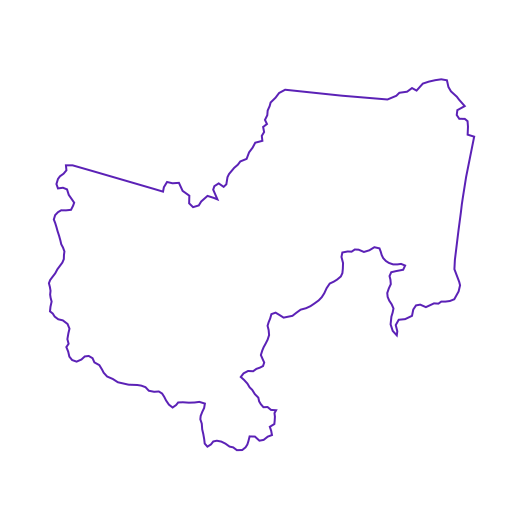 Mantena, Minas Gerais, Brazil (Robinson projection), rotated 276°
{"feature_id": "56859067B95607372765312", "entity_name": "Mantena", "entity_type": "district", "adm_level": 2, "iso_a3": "BRA", "parent_name": "Brazil", "parent_adm1": "Minas Gerais", "projection": "robinson", "projection_center": [-41.115, -18.682], "detail": "fine", "context": "isolated", "style": "outline", "palette": "violet", "viewbox_px": 512, "rotation_deg": 276, "n_neighbors": 0, "source": "geoboundaries", "source_scale": "gbopen_adm2", "svg_char_len": 3777}
<svg xmlns="http://www.w3.org/2000/svg" viewBox="0 0 512 512"><g transform="rotate(276 256 256)"><path d="M131.5,257.1L134.1,253.5L138.0,255.9L140.8,260.1L141.1,265.2L143.8,268.2L145.4,271.6L147.3,274.5L150.9,275.3L154.3,273.3L158.0,271.2L162.6,272.1L166.0,273.1L169.8,274.7L174.0,276.3L178.7,277.3L183.7,276.3L187.8,274.8L191.5,275.5L195.2,276.6L199.8,277.4L201.7,281.4L199.8,285.5L197.6,289.9L198.9,294.0L200.3,298.5L203.8,302.1L207.3,306.0L209.3,311.2L211.8,315.4L214.9,319.1L218.4,323.0L221.9,325.7L226.1,327.8L231.4,329.6L236.3,332.2L238.6,336.0L241.0,339.1L244.5,342.5L248.0,343.7L252.3,343.7L258.1,343.3L264.0,341.1L268.5,341.5L270.1,346.7L270.3,350.6L272.8,353.6L273.0,357.4L271.3,362.9L273.5,368.1L277.1,372.8L276.5,378.0L273.3,379.6L270.1,380.9L267.2,382.7L264.6,385.7L263.0,388.9L262.0,393.2L262.4,397.4L263.3,401.1L262.1,405.3L257.7,403.8L255.6,396.8L254.0,392.2L250.0,390.9L246.4,392.2L242.1,393.0L237.7,391.5L232.9,390.4L229.1,391.2L225.5,393.2L222.1,396.0L218.2,398.2L214.0,397.8L209.9,397.0L206.6,397.0L202.1,397.0L195.8,399.8L191.8,404.3L195.9,404.4L201.9,402.2L207.5,404.6L208.8,410.9L212.8,417.4L219.2,418.0L223.6,420.3L224.8,424.4L222.9,430.3L227.5,438.0L227.7,442.4L230.0,445.0L230.4,448.9L231.5,453.5L233.7,457.7L241.9,461.2L248.2,462.0L251.5,460.8L263.6,454.7L272.9,454.2L278.7,454.3L302.4,454.7L320.8,455.2L328.9,455.3L335.8,455.6L356.6,456.7L397.5,460.5L398.8,453.8L406.8,453.3L412.2,452.3L414.2,449.3L413.7,443.8L417.2,440.9L422.1,441.0L426.9,447.9L432.7,441.6L435.4,439.1L440.1,432.7L444.2,429.7L450.7,427.5L451.1,421.8L449.6,415.9L447.5,409.7L444.9,403.9L437.3,398.4L439.3,393.6L435.2,389.1L433.3,381.5L430.0,378.8L425.4,370.4L424.4,324.3L424.4,267.6L420.5,261.9L415.5,258.9L410.2,254.5L406.5,253.9L401.9,252.4L397.2,252.5L392.3,250.7L388.4,253.1L385.1,249.6L380.1,251.1L376.1,249.2L371.2,250.3L368.6,243.4L363.4,241.3L358.4,238.3L351.6,236.5L348.4,230.5L344.9,228.4L341.4,225.1L334.7,220.6L331.4,219.4L324.2,219.0L321.4,216.6L324.3,211.3L321.1,207.3L317.5,206.5L308.3,211.7L309.4,207.8L310.7,201.5L304.5,195.8L300.3,193.8L298.0,188.3L301.4,184.0L309.0,183.4L313.1,176.2L320.7,171.7L319.6,165.4L320.3,159.8L314.8,157.2L310.3,156.8L311.9,148.3L323.5,84.0L327.0,64.1L326.3,57.5L321.4,58.5L317.7,56.0L314.8,52.7L311.9,51.0L306.7,50.0L302.5,52.0L303.7,56.9L302.5,61.1L297.2,63.4L293.3,66.8L290.0,69.6L286.8,68.8L282.6,67.2L281.5,62.1L281.1,57.5L278.9,54.5L275.7,52.0L271.2,51.1L267.7,52.9L263.7,54.6L260.1,56.0L255.4,58.1L250.8,59.9L247.3,61.1L244.2,63.2L240.5,65.0L237.0,64.9L232.8,65.2L229.2,64.1L225.3,61.8L222.1,59.9L217.7,58.1L213.8,55.7L210.6,53.8L207.3,52.9L203.5,54.3L199.9,55.3L196.1,55.3L193.0,56.1L189.3,57.5L184.0,56.9L179.4,56.9L177.5,59.9L174.7,62.1L172.4,65.9L171.8,70.6L168.7,75.7L164.2,78.1L159.6,77.5L153.6,77.1L149.1,78.8L145.6,76.9L141.3,79.2L136.4,80.9L133.3,84.0L132.2,88.6L134.8,93.2L138.2,96.2L139.1,100.1L137.3,104.1L133.3,106.4L131.1,111.6L126.9,114.8L124.0,116.7L120.6,120.5L118.7,126.5L116.0,131.8L115.3,137.7L114.7,142.7L115.0,147.0L115.3,151.4L115.1,155.4L114.0,159.8L110.8,163.5L110.3,168.9L111.1,173.5L109.4,177.0L106.4,179.4L103.0,181.6L99.1,184.9L96.6,188.9L99.4,192.1L102.2,193.9L102.9,198.6L103.1,204.6L103.9,210.3L105.0,214.9L103.9,220.6L99.4,220.3L95.5,218.9L91.2,217.7L87.8,217.7L83.6,219.6L78.0,220.6L73.4,222.2L68.5,223.6L64.1,224.6L61.3,227.6L63.9,230.9L67.1,232.9L68.2,236.4L67.8,240.9L66.2,245.2L63.7,249.6L63.3,253.3L60.9,257.3L61.6,262.6L64.6,265.6L67.6,267.1L71.0,267.8L75.9,268.5L76.3,273.8L72.7,278.7L73.9,282.8L77.6,286.6L79.6,290.6L83.6,289.4L87.6,287.6L90.8,291.8L94.1,291.8L98.2,291.6L101.7,290.8L104.7,292.1L104.5,287.0L107.0,283.3L106.4,279.2L109.1,276.3L111.8,274.3L115.4,273.1L118.5,269.3L122.5,266.2L124.7,263.4L128.2,260.8L131.5,257.1Z" fill="none" stroke="#5b21b6" stroke-width="2"/></g></svg>